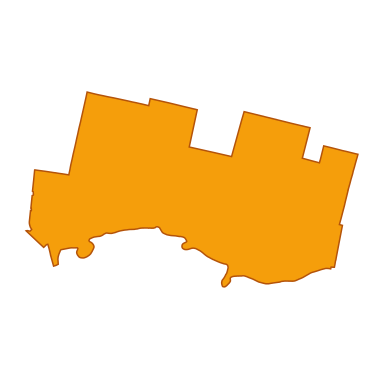 Ciulnita, Ialomita, Romania (Albers equal-area conic projection), rotated 184°
{"feature_id": "2599482B31349838477695", "entity_name": "Ciulnita", "entity_type": "district", "adm_level": 2, "iso_a3": "ROU", "parent_name": "Romania", "parent_adm1": "Ialomita", "projection": "albers", "projection_center": [27.294, 44.52], "detail": "fine", "context": "isolated", "style": "filled", "palette": "amber", "viewbox_px": 384, "rotation_deg": 184, "n_neighbors": 0, "source": "geoboundaries", "source_scale": "gbopen_adm2", "svg_char_len": 5015}
<svg xmlns="http://www.w3.org/2000/svg" viewBox="0 0 384 384"><g transform="rotate(184 192 192)"><path d="M240.2,282.2L241.2,275.1L248.2,276.3L250.4,276.6L254.3,277.2L258.2,277.7L261.8,278.3L274.4,280.1L276.5,280.4L282.4,281.1L287.1,281.8L291.8,282.4L296.9,283.2L303.6,284.4L304.4,278.5L305.3,272.6L305.8,269.3L306.3,266.0L307.3,259.5L307.8,256.3L307.9,255.3L308.6,251.2L309.3,247.1L310.0,242.0L310.8,237.0L311.3,233.3L311.9,229.3L313.2,221.3L313.9,216.3L314.8,210.6L315.1,208.1L315.3,206.0L315.7,203.4L316.1,200.5L319.5,200.8L322.9,201.1L326.1,201.3L329.2,201.6L331.3,201.7L333.5,201.9L339.8,202.4L347.8,202.9L350.4,203.1L350.5,203.0L350.8,192.3L351.2,181.6L350.4,181.2L350.0,178.1L350.2,177.7L351.2,177.3L351.6,164.7L351.2,164.7L351.1,163.5L350.9,163.0L351.0,162.2L351.8,162.2L352.2,150.7L352.0,149.0L351.5,147.3L350.7,145.4L349.8,144.2L349.3,143.5L350.9,141.6L353.1,142.0L354.3,141.9L354.8,141.7L340.8,130.2L336.1,126.4L334.7,127.9L334.0,128.8L333.2,129.4L333.1,129.5L332.9,129.6L332.2,129.8L330.5,125.2L329.1,120.7L328.6,118.8L328.3,118.0L324.9,108.4L322.5,109.3L320.4,110.6L320.8,113.7L321.1,115.6L321.0,118.0L320.4,120.8L319.1,124.7L318.6,125.3L310.4,127.5L308.5,127.9L306.1,128.0L303.9,128.2L302.3,128.3L301.9,127.7L302.2,126.1L302.6,125.3L302.8,124.3L302.8,123.4L302.5,122.4L301.9,121.3L300.9,120.1L300.0,119.2L298.8,118.7L298.4,118.7L297.6,118.6L296.6,118.6L295.3,118.7L294.5,119.0L293.6,119.4L292.3,120.1L290.7,121.3L289.8,122.1L288.6,123.5L288.3,124.3L287.7,125.3L286.3,128.7L286.0,129.8L285.9,130.4L286.4,132.0L286.9,132.7L287.8,133.8L289.5,134.9L290.2,135.1L290.6,135.4L291.1,135.8L291.4,136.2L291.4,136.5L290.9,137.9L290.2,138.4L288.0,139.6L286.3,140.3L282.6,141.1L281.2,141.3L280.5,141.5L279.4,142.0L278.5,142.5L277.6,143.2L276.8,143.9L275.2,144.8L274.7,145.1L273.4,145.1L272.5,145.0L270.4,145.0L269.3,145.1L265.5,146.3L264.6,146.8L261.3,148.1L256.7,149.3L254.3,149.7L252.0,150.2L247.0,150.7L245.5,151.1L244.2,151.3L242.7,151.8L241.0,152.3L239.0,152.6L233.8,153.0L232.8,152.9L231.6,153.1L229.5,153.1L228.9,153.2L228.3,153.2L227.9,153.3L227.5,153.4L227.0,153.6L226.3,153.8L225.9,154.2L225.3,154.7L224.7,154.9L224.0,154.9L222.6,154.5L221.8,154.0L221.0,152.8L220.2,151.6L219.4,150.5L218.7,149.6L217.8,149.0L216.8,148.6L215.1,148.0L214.0,147.6L210.9,147.2L209.9,147.1L207.1,147.1L205.3,147.1L203.3,146.9L201.6,146.7L200.4,146.8L198.4,146.6L196.5,146.0L195.8,145.5L194.9,144.4L193.8,142.6L193.9,142.1L194.4,141.6L196.8,140.2L197.5,139.6L198.0,138.9L198.2,138.0L198.2,136.8L197.9,135.8L197.3,135.1L196.5,134.6L195.5,134.2L194.3,134.1L193.2,134.2L192.1,134.4L190.7,134.9L188.8,135.7L187.6,136.0L186.8,136.1L185.6,136.0L184.6,135.9L183.7,135.6L181.2,134.5L179.6,133.8L177.3,132.3L175.3,130.8L174.3,130.1L174.0,129.9L173.7,129.7L173.4,129.5L172.9,129.2L172.4,128.9L172.0,128.7L171.5,128.4L170.9,128.2L170.0,127.8L169.2,127.4L168.6,127.1L167.2,126.5L166.6,126.2L165.5,125.9L164.6,125.5L163.4,125.1L162.3,124.7L161.5,124.4L160.6,124.1L159.9,123.9L159.4,123.7L158.3,123.4L155.1,122.6L152.7,122.3L151.9,121.8L151.3,121.2L151.0,120.4L150.8,119.6L150.7,118.7L151.0,117.2L151.2,115.7L151.5,114.4L151.8,113.2L152.6,111.9L152.9,111.0L153.4,109.8L154.2,108.3L154.7,107.5L155.1,106.9L155.6,106.2L155.8,105.8L155.9,105.2L156.0,104.5L156.1,103.7L156.0,102.9L155.8,102.0L155.6,101.5L155.4,100.9L155.1,100.2L154.5,99.7L153.5,99.6L152.6,99.7L151.7,100.3L150.8,101.1L149.3,102.9L148.6,103.7L147.9,104.8L147.7,105.3L147.5,105.7L147.5,106.7L147.7,107.6L147.8,108.3L147.7,109.0L147.3,109.5L146.8,109.9L146.2,110.2L145.5,110.5L144.4,110.8L143.2,111.0L142.3,111.1L141.6,111.2L141.0,111.3L140.4,111.4L139.7,111.4L138.9,111.5L138.1,111.6L136.6,111.7L135.4,112.0L134.1,112.0L132.8,111.7L131.2,111.3L130.8,111.2L130.4,111.0L129.6,110.7L126.0,109.6L124.8,109.2L120.7,107.5L119.2,106.9L116.6,106.4L114.1,105.9L111.9,105.6L109.1,105.8L106.5,106.5L103.8,107.1L100.9,107.7L98.0,108.3L97.8,108.5L97.2,108.7L96.6,109.0L95.6,109.2L94.0,109.5L92.9,109.7L92.1,109.7L90.5,109.8L88.9,109.9L87.9,109.9L87.2,110.0L86.1,110.0L85.2,110.1L83.9,110.3L82.7,110.7L81.7,111.2L80.9,111.6L80.0,112.1L79.3,112.5L77.4,113.4L75.4,114.5L72.3,116.6L69.9,118.2L68.2,119.4L66.5,120.2L64.5,120.9L61.1,122.2L59.0,123.1L57.2,123.8L53.6,125.0L52.2,125.2L50.0,125.2L48.3,125.0L48.0,126.8L46.8,126.8L45.4,126.8L45.2,126.9L44.7,126.9L44.3,130.3L44.0,133.7L43.8,134.0L43.7,134.4L43.7,135.0L43.4,137.7L41.7,152.1L39.6,169.2L42.7,169.8L42.1,172.8L41.4,176.2L40.2,182.7L39.0,189.0L38.3,193.5L37.2,199.8L36.4,204.6L36.5,204.6L35.8,207.9L35.1,211.3L34.5,214.5L34.3,215.6L33.9,217.4L33.1,221.0L32.8,222.8L32.7,223.7L31.7,228.2L31.1,231.4L30.3,235.3L29.6,238.5L29.2,240.5L29.1,241.2L31.7,241.6L40.8,243.2L45.5,243.9L46.3,244.1L55.1,245.7L63.8,247.2L66.4,232.2L66.5,232.2L66.9,230.0L75.8,231.7L84.3,233.4L79.7,258.7L79.1,262.1L78.7,264.3L97.5,267.4L104.8,268.7L112.2,270.0L141.0,275.0L145.6,275.8L147.7,266.1L149.1,259.2L151.8,245.9L155.0,230.1L172.2,232.8L197.9,236.7L192.5,274.4L206.8,276.8L221.4,279.3L240.2,282.2Z" fill="#f59e0b" stroke="#b45309" stroke-width="1.5"/></g></svg>